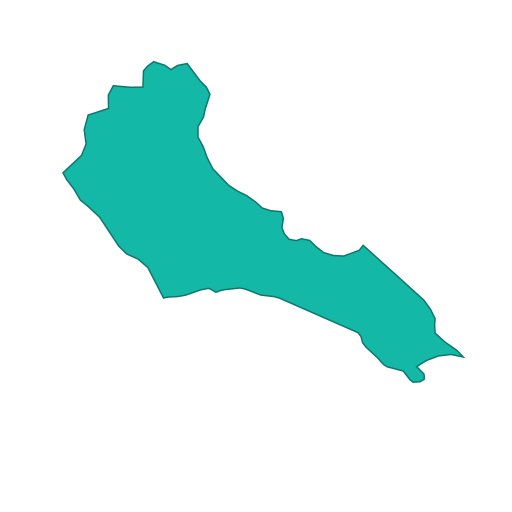 Pingtung, Natural Earth projection, rotated 313°
{"feature_id": "TWN-1158", "entity_name": "Pingtung", "entity_type": "County", "adm_level": 1, "iso_a3": "TWN", "parent_name": "Taiwan", "parent_adm1": "", "projection": "natural_earth1", "projection_center": [120.7, 22.396], "detail": "fine", "context": "isolated", "style": "filled", "palette": "teal", "viewbox_px": 512, "rotation_deg": 313, "n_neighbors": 0, "source": "natural_earth", "source_scale": "10m", "svg_char_len": 1361}
<svg xmlns="http://www.w3.org/2000/svg" viewBox="0 0 512 512"><g transform="rotate(313 256 256)"><path d="M336.9,327.1L338.2,408.7L335.9,420.3L332.3,429.7L327.5,433.6L321.8,439.5L321.9,452.7L324.0,467.2L323.5,476.5L317.0,465.8L307.3,457.6L296.0,452.0L284.7,448.9L284.2,459.4L280.9,463.1L276.0,461.8L270.8,456.9L270.5,453.2L272.3,442.1L264.4,427.5L263.7,423.6L263.8,420.5L264.4,415.2L264.4,398.3L265.2,393.3L268.7,387.7L269.5,382.9L241.0,301.4L238.6,296.9L230.7,286.1L224.4,270.5L221.6,266.0L209.9,255.9L205.3,252.9L203.7,252.4L202.1,251.2L200.8,245.3L199.8,243.2L193.6,238.7L179.2,231.1L172.7,226.2L165.9,219.6L162.7,217.3L162.2,217.1L173.8,184.8L173.3,171.8L169.3,160.0L169.6,148.8L177.7,115.4L177.8,100.5L177.1,89.5L180.8,77.0L182.7,65.7L185.2,58.1L210.7,59.8L222.1,55.3L231.2,44.2L244.6,37.1L263.4,47.5L272.9,38.3L283.2,35.5L294.0,49.4L302.4,58.1L314.6,47.5L320.8,47.2L328.2,48.6L328.3,48.6L333.2,59.0L334.3,66.6L341.9,68.7L349.8,74.4L345.9,96.1L345.7,104.3L342.8,112.1L328.9,118.6L322.0,122.8L311.0,125.4L303.4,132.5L299.9,142.9L294.6,153.3L290.3,165.0L289.1,188.2L290.9,198.5L293.8,208.1L295.3,219.3L295.3,227.7L299.0,235.6L305.7,244.4L302.1,250.5L294.5,255.5L291.5,261.6L290.8,268.8L294.7,275.0L299.6,277.5L304.0,284.6L303.8,293.6L304.6,303.1L309.3,312.5L315.8,320.2L330.5,327.6L336.9,327.1Z" fill="#14b8a6" stroke="#0f766e" stroke-width="1.5"/></g></svg>